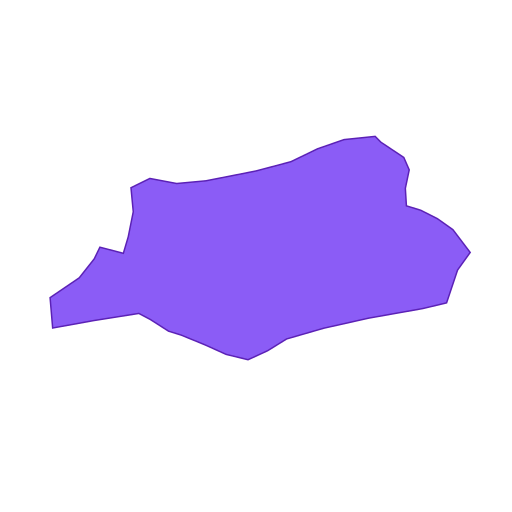 Kil, Värmland, Sweden, rotated 351°
{"feature_id": "70781695B19557897917232", "entity_name": "Kil", "entity_type": "district", "adm_level": 2, "iso_a3": "SWE", "parent_name": "Sweden", "parent_adm1": "Värmland", "projection": "natural_earth1", "projection_center": [13.218, 59.582], "detail": "fine", "context": "isolated", "style": "filled", "palette": "violet", "viewbox_px": 512, "rotation_deg": 351, "n_neighbors": 0, "source": "geoboundaries", "source_scale": "gbopen_adm2", "svg_char_len": 669}
<svg xmlns="http://www.w3.org/2000/svg" viewBox="0 0 512 512"><g transform="rotate(351 256 256)"><path d="M46.1,264.9L43.9,295.3L85.4,294.4L131.3,294.4L141.6,302.1L157.9,316.6L169.7,322.4L191.9,335.9L211.1,348.5L231.9,357.2L252.6,351.4L273.3,342.7L311.8,337.9L357.7,335.0L412.4,334.0L436.9,332.1L452.9,301.4L468.1,286.0L454.6,260.8L441.1,247.6L425.9,236.6L412.4,230.0L414.1,212.5L420.8,194.9L417.4,181.8L397.2,163.2L392.4,156.5L361.2,154.8L333.7,159.7L305.3,168.3L269.4,172.0L218.3,173.9L189.0,172.0L163.3,162.8L143.2,169.0L141.7,193.1L132.8,217.1L125.4,232.6L103.2,222.9L95.8,233.5L78.0,249.9L46.1,264.9Z" fill="#8b5cf6" stroke="#5b21b6" stroke-width="1.5"/></g></svg>